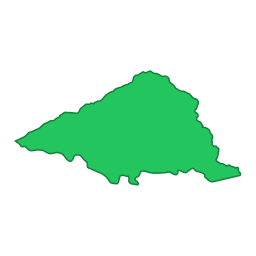 São João das Missões, Minas Gerais, Brazil
{"feature_id": "56859067B77919866455333", "entity_name": "São João das Missões", "entity_type": "district", "adm_level": 2, "iso_a3": "BRA", "parent_name": "Brazil", "parent_adm1": "Minas Gerais", "projection": "mercator", "projection_center": [-44.236, -14.88], "detail": "fine", "context": "isolated", "style": "filled", "palette": "green", "viewbox_px": 256, "rotation_deg": 0, "n_neighbors": 0, "source": "geoboundaries", "source_scale": "gbopen_adm2", "svg_char_len": 3787}
<svg xmlns="http://www.w3.org/2000/svg" viewBox="0 0 256 256"><path d="M240.1,175.4L240.6,173.3L239.2,172.1L238.3,170.0L238.3,168.0L237.0,167.3L235.6,168.0L234.3,167.2L232.7,166.7L230.8,166.1L229.0,165.0L226.6,166.0L224.7,164.8L222.5,163.7L220.0,163.5L218.7,162.2L216.9,161.6L216.1,159.5L217.1,157.8L217.8,156.0L218.1,153.8L218.5,152.1L218.7,150.6L218.7,148.5L216.8,147.2L215.9,146.0L214.0,146.5L212.6,145.1L212.0,143.7L212.2,141.7L211.8,139.4L212.7,137.6L212.2,135.1L210.9,133.7L210.0,132.1L209.5,130.3L207.4,128.5L205.5,127.7L204.1,127.4L202.2,127.1L202.8,125.8L201.6,124.1L200.7,122.3L198.9,121.5L197.2,120.6L196.6,119.3L196.8,117.4L198.1,116.3L197.9,114.3L196.7,113.0L195.3,112.4L194.8,110.9L195.3,109.5L196.6,108.7L197.0,106.9L197.6,105.1L198.3,103.6L198.4,101.8L197.3,99.9L195.8,98.8L194.4,98.7L192.9,97.7L191.7,96.6L190.7,95.2L189.2,93.8L186.9,92.9L185.2,91.9L183.7,91.2L181.9,91.4L179.3,90.5L177.1,89.1L175.5,88.1L174.7,86.7L173.7,85.3L172.3,84.3L170.9,83.1L169.6,82.1L169.3,80.6L169.0,78.7L167.8,77.2L165.6,76.1L163.8,76.2L161.9,76.4L160.0,75.1L158.2,74.3L156.9,73.5L155.5,73.6L153.7,73.2L152.0,72.2L150.9,71.2L149.3,71.3L147.6,71.9L146.3,72.8L144.5,72.5L143.2,71.8L141.8,72.7L140.1,73.6L138.6,74.9L137.3,75.3L135.9,75.3L134.6,76.0L133.5,77.6L133.1,79.9L132.1,82.3L129.9,83.1L127.9,84.4L125.8,85.0L124.4,85.3L123.1,86.0L121.2,87.2L119.2,87.6L117.5,88.2L116.2,88.7L114.9,89.4L113.5,91.2L111.6,91.8L109.6,92.5L108.0,93.8L106.1,94.9L105.0,96.1L103.9,97.3L102.9,98.7L101.1,100.4L99.6,101.2L97.7,101.1L96.4,102.0L95.0,102.2L93.5,103.6L92.2,103.3L90.7,103.2L89.7,104.3L87.9,104.2L85.7,104.2L84.1,105.7L82.6,106.9L81.1,108.1L80.0,109.3L79.4,111.1L78.3,112.7L77.0,113.3L75.4,113.1L73.9,113.0L72.5,112.8L70.8,112.7L69.1,112.5L67.3,112.6L65.3,112.3L63.5,113.0L61.9,114.4L60.1,115.3L59.2,117.0L57.7,117.7L56.1,118.5L54.7,119.9L53.3,120.8L51.8,120.6L49.9,121.1L48.4,122.1L46.9,122.8L44.4,123.7L42.7,125.2L41.3,126.4L39.4,128.2L37.4,129.2L35.4,129.9L33.7,130.8L32.2,131.4L30.7,132.1L29.0,132.5L28.0,133.4L26.9,134.7L25.5,136.0L24.3,136.8L22.6,137.7L21.0,138.3L19.6,139.1L18.2,139.8L16.9,140.3L15.4,141.0L17.0,142.3L18.5,143.2L20.0,144.7L21.3,146.6L22.9,146.8L24.6,146.4L26.4,147.6L27.7,149.0L29.1,150.2L31.1,150.7L33.4,150.5L35.2,150.2L37.5,149.9L39.7,150.0L41.3,150.1L42.9,150.4L44.5,151.1L46.0,152.1L47.8,153.0L50.0,153.7L51.9,153.5L53.7,153.1L55.4,152.7L56.9,152.5L58.9,152.8L60.5,153.2L61.8,153.8L63.1,154.7L64.1,155.8L65.2,157.2L67.0,159.5L69.0,161.1L70.8,161.4L72.2,160.2L73.4,158.1L74.1,156.3L75.3,155.1L77.0,154.9L79.7,155.1L81.4,156.5L82.8,158.3L84.2,159.9L85.7,161.1L87.2,162.7L87.4,165.3L87.4,167.2L88.6,168.0L90.8,168.8L92.3,169.6L93.8,170.1L95.3,170.8L97.2,171.7L99.0,172.4L100.5,173.0L101.9,173.6L103.0,174.4L104.7,175.6L106.6,177.3L107.9,178.9L109.0,180.5L109.8,181.9L111.2,182.9L112.8,183.4L114.3,183.5L115.6,183.7L117.1,183.8L118.3,182.5L118.9,180.5L119.3,178.2L120.2,176.0L121.9,175.3L123.4,175.4L125.0,175.7L126.3,176.2L128.2,176.3L129.2,178.5L128.7,181.2L129.8,182.9L131.1,183.8L132.6,184.0L134.8,184.3L136.3,184.7L137.8,184.8L138.5,183.5L137.2,181.6L135.2,180.1L134.9,178.6L136.1,177.4L137.7,176.8L139.1,175.7L139.6,174.4L140.2,173.0L140.8,171.8L142.3,171.0L144.0,171.1L145.8,171.3L147.9,172.2L150.1,172.7L152.0,172.8L153.5,173.1L154.9,173.1L156.9,173.1L158.6,173.1L160.7,173.0L162.4,172.8L164.2,172.8L165.8,172.6L167.8,172.1L169.9,172.0L171.4,173.0L173.4,174.0L175.2,174.7L176.7,174.6L177.7,173.3L177.9,171.9L178.0,170.4L179.8,170.5L181.1,171.1L183.2,172.1L185.3,172.7L186.9,172.2L187.6,171.1L189.3,170.5L190.3,169.4L191.5,168.7L192.9,168.3L194.1,169.0L195.2,170.5L196.8,171.4L198.2,171.6L200.2,172.1L202.3,172.9L203.9,173.9L204.7,175.0L204.9,177.1L207.0,178.9L208.8,180.5L210.8,181.6L212.7,181.8L240.1,175.4Z" fill="#22c55e" stroke="#15803d" stroke-width="1.5"/></svg>